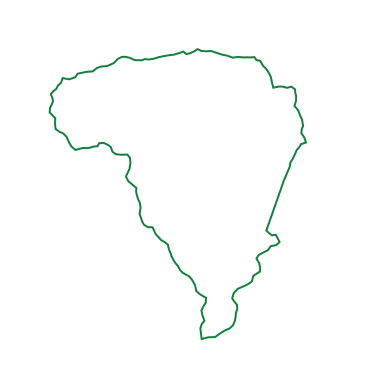 São Roque do Canaã, Espírito Santo, Brazil (Mercator projection), rotated 78°
{"feature_id": "56859067B1151927848611", "entity_name": "São Roque do Canaã", "entity_type": "district", "adm_level": 2, "iso_a3": "BRA", "parent_name": "Brazil", "parent_adm1": "Espírito Santo", "projection": "mercator", "projection_center": [-40.674, -19.727], "detail": "fine", "context": "isolated", "style": "outline", "palette": "green", "viewbox_px": 384, "rotation_deg": 78, "n_neighbors": 0, "source": "geoboundaries", "source_scale": "gbopen_adm2", "svg_char_len": 2373}
<svg xmlns="http://www.w3.org/2000/svg" viewBox="0 0 384 384"><g transform="rotate(78 192 192)"><path d="M73.0,102.9L72.6,106.6L71.7,110.3L71.0,113.8L69.5,118.8L69.0,124.4L66.0,129.1L63.7,134.4L61.5,138.1L59.8,141.1L58.1,143.9L57.4,148.5L56.0,153.5L53.4,157.0L54.9,160.7L55.9,165.2L55.9,168.9L52.9,171.2L53.4,175.3L53.9,181.0L53.4,186.4L53.2,191.7L53.2,196.2L53.7,202.0L53.4,206.9L52.2,210.3L52.7,213.9L51.9,217.6L50.9,220.9L48.0,224.6L45.9,229.1L45.3,232.6L46.4,236.9L49.7,241.9L51.1,248.4L50.4,254.9L50.9,259.0L53.4,264.1L52.6,269.4L52.5,274.0L52.5,279.2L55.5,282.4L56.2,288.9L53.7,294.8L58.1,297.6L59.9,300.9L63.0,303.4L64.6,306.8L67.0,309.8L71.1,308.9L74.3,309.1L77.3,311.1L80.1,313.3L84.7,314.7L87.6,312.8L91.3,310.4L96.4,311.7L102.0,312.4L105.6,309.1L107.9,305.8L111.9,303.3L118.4,301.8L122.5,300.4L126.6,297.4L126.4,293.1L126.3,289.4L127.5,284.4L127.1,278.8L127.6,274.8L125.0,272.7L125.5,268.3L128.7,264.1L131.3,262.1L136.1,261.4L139.2,258.6L140.8,253.6L142.0,247.4L145.7,245.6L150.6,246.1L156.5,248.4L163.1,253.4L168.1,252.1L172.7,248.6L176.4,245.6L180.2,246.6L184.2,246.6L188.3,246.1L192.1,245.2L196.8,245.6L202.4,247.8L206.1,247.4L210.5,246.9L214.0,245.8L217.2,242.6L218.2,238.0L221.4,237.2L225.5,236.3L232.6,232.2L235.6,228.9L238.6,226.5L243.5,226.5L247.4,225.7L250.8,225.4L254.5,224.3L258.3,222.9L261.3,221.3L265.3,220.0L268.6,218.3L271.4,215.3L273.9,212.4L277.7,210.3L283.7,208.4L289.8,208.4L293.8,205.3L298.5,200.3L303.2,201.6L306.9,205.3L309.9,207.4L315.5,207.4L320.5,206.6L323.3,210.0L327.2,212.2L337.8,213.1L337.5,206.1L338.7,199.6L336.3,194.2L334.3,188.8L333.3,183.6L330.8,179.5L327.3,177.1L324.0,175.6L319.6,174.2L316.0,172.1L311.6,171.5L307.6,173.6L304.4,174.8L299.5,172.1L296.3,167.6L295.0,161.4L293.8,156.3L291.9,152.0L287.0,149.7L285.2,145.5L283.9,141.9L280.2,141.1L275.4,141.1L270.5,142.8L267.4,139.8L266.2,135.5L264.8,130.1L261.3,126.1L261.5,120.7L259.2,116.8L255.3,117.7L251.2,119.0L251.0,122.8L248.2,125.3L245.2,127.3L200.1,99.9L187.4,91.0L183.9,89.9L181.3,87.3L176.7,83.6L172.6,80.8L170.7,78.0L167.9,75.4L167.3,70.2L162.1,70.8L157.3,72.8L154.0,71.9L150.4,69.6L144.0,69.3L139.5,70.4L134.1,71.2L129.1,73.9L124.3,71.2L119.8,70.2L116.6,70.4L113.1,69.9L109.7,72.7L109.8,77.5L107.8,81.3L106.9,84.9L106.9,90.8L101.4,91.0L95.8,91.0L90.8,92.3L86.5,94.1L83.5,96.2L78.0,98.0L76.3,101.6L73.0,102.9Z" fill="none" stroke="#15803d" stroke-width="2"/></g></svg>